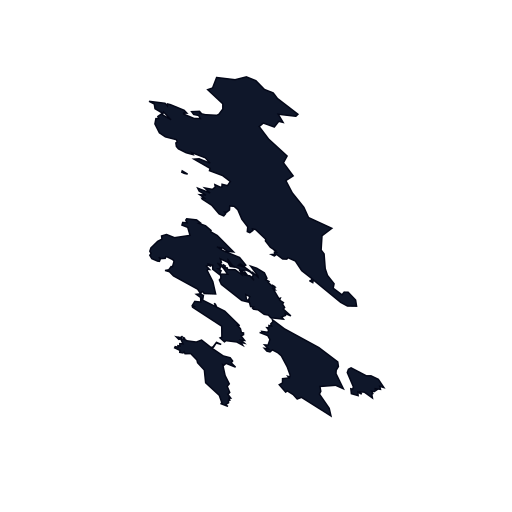 the district of Herøy nor, Møre og Romsdal, Norway, rotated 222°
{"feature_id": "86288312B50103571231900", "entity_name": "Herøy nor", "entity_type": "district", "adm_level": 2, "iso_a3": "NOR", "parent_name": "Norway", "parent_adm1": "Møre og Romsdal", "projection": "robinson", "projection_center": [5.668, 62.312], "detail": "fine", "context": "isolated", "style": "filled", "palette": "ink", "viewbox_px": 512, "rotation_deg": 222, "n_neighbors": 0, "source": "geoboundaries", "source_scale": "gbopen_adm2", "svg_char_len": 6152}
<svg xmlns="http://www.w3.org/2000/svg" viewBox="0 0 512 512"><g transform="rotate(222 256 256)"><path d="M373.4,386.2L383.0,382.7L389.5,373.0L404.7,362.3L400.7,351.8L403.2,347.3L382.5,346.9L379.0,343.0L378.4,336.4L379.3,334.3L388.2,327.1L393.8,324.0L392.4,325.4L394.8,325.7L400.4,320.2L397.0,319.5L392.6,322.1L389.3,320.9L394.0,316.8L404.7,313.0L405.4,313.8L403.0,315.9L406.9,316.2L420.9,311.2L423.5,309.8L422.2,308.2L425.8,308.6L439.0,299.4L433.3,300.9L429.6,297.9L420.5,299.7L421.0,301.2L410.3,300.4L421.4,298.0L422.3,294.0L420.2,293.0L422.3,291.1L419.5,286.5L410.2,282.9L403.1,283.9L393.0,289.2L390.8,288.1L391.2,286.4L388.4,284.1L385.3,283.7L377.0,286.0L370.7,289.2L373.0,289.8L359.3,295.1L352.1,294.2L363.3,290.2L366.9,286.5L348.7,290.4L347.7,288.3L334.7,293.4L324.9,294.2L324.3,289.2L329.2,286.6L327.6,284.6L328.5,283.3L334.3,281.5L332.4,280.0L333.0,276.3L339.6,272.3L332.2,272.1L344.7,267.4L341.6,266.2L334.0,267.8L338.8,263.9L333.1,264.5L335.0,262.6L334.0,262.3L322.8,264.1L311.6,262.6L306.8,264.2L306.9,267.2L308.8,267.6L307.1,268.9L306.5,272.5L309.0,275.6L305.5,278.3L300.4,278.2L291.2,273.9L281.6,272.1L278.8,268.3L276.2,269.2L275.4,273.0L276.8,273.8L274.0,275.4L260.0,275.0L259.1,273.5L251.2,272.1L243.9,273.2L245.2,272.5L243.3,272.4L244.7,271.0L243.2,269.9L245.4,267.5L242.4,268.3L241.8,271.0L234.2,271.6L231.0,274.3L231.2,276.1L223.4,278.6L212.2,275.7L199.3,276.6L198.6,274.2L199.8,273.4L196.0,274.2L197.4,276.6L162.1,278.2L154.6,280.0L147.7,286.0L152.5,289.9L163.3,290.7L166.3,288.1L166.1,284.7L177.1,283.7L179.4,287.6L189.9,289.4L196.1,292.9L206.8,303.1L211.6,304.0L220.5,315.2L218.2,327.3L242.7,319.7L253.0,324.2L271.4,327.2L284.3,332.0L282.0,340.4L298.0,343.6L299.8,351.1L324.8,351.3L340.3,354.3L339.5,359.7L328.7,364.1L329.2,371.3L325.3,373.4L334.4,376.2L319.9,386.5L319.7,389.4L345.5,387.4L352.3,388.7L361.2,385.4L373.4,386.2ZM271.8,190.9L274.7,187.6L266.7,188.4L268.7,191.5L271.2,190.7L272.5,192.1L271.8,193.9L269.3,193.5L260.6,200.8L271.0,208.1L282.5,212.5L283.1,213.7L281.5,214.9L286.1,215.3L285.8,217.0L282.3,218.4L285.3,218.5L282.0,220.2L279.3,217.2L270.7,217.8L272.1,221.7L275.5,221.2L274.3,222.4L275.2,224.4L280.1,225.0L272.3,225.2L270.5,227.5L272.1,226.3L272.2,228.0L274.5,227.6L273.8,225.9L277.5,226.6L277.3,228.1L280.7,230.0L272.5,232.5L268.2,231.0L265.7,232.6L273.0,232.7L274.2,234.5L266.5,233.2L260.2,235.3L258.0,234.6L253.9,239.0L250.1,240.2L252.8,240.3L251.0,240.6L249.9,240.7L249.2,240.9L256.4,240.2L263.0,237.1L263.0,238.3L259.7,239.1L263.4,239.5L258.0,240.5L257.5,242.4L267.2,243.9L284.3,237.8L291.3,236.7L286.1,238.2L287.9,238.5L285.8,239.8L280.2,240.5L275.4,244.0L298.5,245.3L305.8,243.7L306.5,244.9L313.7,244.7L320.3,242.0L319.5,243.4L324.3,243.1L332.4,237.3L332.2,235.7L329.4,234.6L332.9,231.9L331.7,229.4L325.9,231.6L318.8,227.2L328.8,215.1L336.9,212.1L339.6,207.7L337.2,205.6L338.9,201.1L339.5,191.7L338.1,188.5L335.7,187.7L335.4,185.5L331.7,184.3L325.8,186.3L324.2,187.4L324.9,189.3L327.5,190.2L325.1,190.2L321.9,193.5L322.6,194.9L321.5,195.9L315.5,197.6L313.4,197.3L310.9,192.2L312.0,191.4L311.6,187.4L313.9,184.4L309.8,186.4L304.0,186.0L277.2,192.3L271.8,190.9ZM152.6,175.9L142.9,174.7L142.5,176.7L135.6,177.9L129.7,177.3L127.6,181.4L93.3,187.3L99.7,191.8L116.5,195.8L117.3,198.8L121.2,201.8L110.3,213.2L102.3,215.8L117.9,222.1L120.0,224.8L120.8,229.0L124.4,232.0L148.0,230.0L186.2,220.9L201.2,219.6L199.5,218.7L199.6,215.4L197.5,214.4L199.9,213.0L198.3,211.4L200.0,210.0L197.1,209.5L196.2,207.2L201.3,203.8L199.3,202.9L202.2,201.6L194.0,204.7L189.8,203.3L187.4,197.8L190.1,195.7L184.5,195.3L188.0,193.0L184.2,192.6L181.4,194.1L181.0,197.2L175.2,198.7L170.5,198.8L158.6,194.5L150.8,190.3L150.1,188.6L151.8,187.9L149.9,187.4L154.2,182.6L151.4,179.4L152.6,175.9ZM262.7,211.7L236.9,213.4L230.4,216.9L234.6,217.7L237.8,220.5L233.4,221.7L232.3,218.7L226.2,214.8L223.7,216.5L223.6,214.9L222.3,214.8L218.4,217.4L210.9,218.1L207.2,220.4L203.7,220.0L193.4,227.4L196.2,227.9L194.3,231.6L195.9,232.8L190.0,234.8L200.2,234.8L200.3,236.9L204.2,238.0L204.4,239.7L208.9,239.0L209.7,240.9L210.4,239.6L220.5,242.8L219.7,243.4L222.8,243.0L219.6,243.5L221.5,245.8L224.9,245.1L221.9,245.3L223.1,244.5L229.2,244.4L229.3,245.8L233.0,244.8L233.0,246.8L238.5,249.1L247.3,247.4L253.1,244.9L241.7,242.7L240.3,241.7L247.9,241.5L249.0,240.2L245.0,240.4L245.1,237.7L241.2,236.5L247.3,237.2L252.0,233.9L252.8,234.3L249.9,236.0L253.7,236.7L254.7,235.6L254.0,235.6L253.7,235.0L252.4,235.0L253.2,234.5L256.0,235.5L257.4,234.3L253.5,234.3L255.8,233.5L254.0,232.6L262.4,231.8L267.8,227.0L269.6,227.9L271.7,225.1L264.8,223.5L270.1,218.9L267.2,215.9L267.2,213.7L262.7,211.7ZM182.4,123.7L183.7,122.6L176.2,125.5L179.2,124.9L178.2,128.6L179.9,130.3L179.0,131.3L180.9,132.3L179.7,133.5L184.4,134.4L184.2,137.0L190.2,139.9L190.3,143.1L199.0,146.5L208.0,153.0L206.8,153.2L206.4,156.2L196.8,159.7L203.0,160.0L203.1,162.3L207.1,163.1L213.5,159.8L227.5,157.9L226.6,159.8L227.4,164.7L222.7,167.0L227.6,165.4L227.1,159.7L228.2,157.9L240.2,157.1L242.8,152.1L250.4,146.9L252.7,146.3L254.2,147.1L255.8,146.8L253.2,146.2L256.5,144.2L257.0,147.2L257.6,144.7L260.1,143.4L258.0,143.6L260.1,143.1L261.0,142.6L257.6,142.4L256.4,144.0L251.5,141.9L254.0,139.9L252.3,138.1L254.0,137.1L252.9,136.0L255.4,134.6L255.0,133.3L249.3,135.0L248.2,133.4L245.4,135.1L245.4,136.7L243.3,135.9L239.2,139.8L230.3,139.2L228.0,137.6L218.1,136.7L208.6,128.1L190.1,127.9L182.4,123.7ZM227.9,171.1L222.0,171.1L221.7,173.0L212.8,179.2L206.2,180.8L209.4,181.7L206.4,183.4L210.9,183.4L208.0,185.6L213.7,186.6L212.6,189.2L213.8,190.5L215.6,189.3L219.0,191.6L224.5,191.9L221.5,193.2L242.3,194.1L251.0,191.7L253.7,192.9L255.4,193.0L251.5,191.5L268.2,186.9L266.2,184.8L271.1,181.3L270.3,176.9L268.5,177.1L269.8,176.1L268.9,175.5L234.5,180.9L227.1,172.9L227.9,171.1ZM93.0,217.5L86.7,220.6L89.3,223.0L85.1,224.0L87.8,224.7L84.4,227.3L74.5,228.4L77.1,230.4L77.6,231.7L76.5,231.7L79.7,232.8L77.4,234.4L76.7,237.3L79.4,236.7L74.3,240.2L76.9,241.9L73.0,243.8L82.6,246.2L90.4,243.9L93.8,240.8L110.5,236.5L111.5,233.7L110.2,230.5L96.0,223.9L95.1,221.6L96.7,220.8L93.0,217.5ZM367.2,268.6L364.6,269.4L361.6,271.1L367.8,269.9L367.2,268.6Z" fill="#0f172a" stroke="#020617" stroke-width="1.5"/></g></svg>